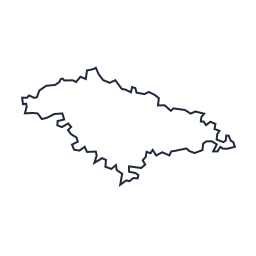 Yakkabag, Kashkadarya, Uzbekistan, rotated 5°
{"feature_id": "79887680B77871690978000", "entity_name": "Yakkabag", "entity_type": "district", "adm_level": 2, "iso_a3": "UZB", "parent_name": "Uzbekistan", "parent_adm1": "Kashkadarya", "projection": "natural_earth1", "projection_center": [66.844, 38.854], "detail": "fine", "context": "isolated", "style": "outline", "palette": "slate", "viewbox_px": 256, "rotation_deg": 5, "n_neighbors": 0, "source": "geoboundaries", "source_scale": "gbopen_adm2", "svg_char_len": 1633}
<svg xmlns="http://www.w3.org/2000/svg" viewBox="0 0 256 256"><g transform="rotate(5 128 128)"><path d="M236.1,137.4L234.1,132.9L231.5,131.7L229.0,126.9L226.6,126.9L226.5,131.8L224.3,133.8L217.3,131.8L217.4,126.6L219.3,122.8L214.3,121.5L214.7,116.3L209.5,114.6L205.5,118.3L202.7,115.0L200.0,115.2L200.1,110.9L202.6,107.1L193.7,105.7L189.2,108.2L183.1,105.1L171.6,104.5L169.2,107.1L162.5,102.2L155.9,102.9L156.1,95.6L152.0,92.8L145.6,90.3L141.4,92.8L133.4,92.0L131.8,87.6L128.5,86.9L127.8,92.2L122.2,90.0L118.4,89.6L111.2,81.5L105.8,84.6L99.0,82.4L94.1,77.0L90.7,70.8L88.6,72.2L85.6,73.3L82.1,74.2L81.7,82.9L76.2,81.1L72.2,86.7L68.9,85.3L60.3,86.2L58.7,84.5L56.8,85.0L55.6,88.2L51.7,91.4L42.8,93.1L36.4,98.4L34.6,105.2L32.1,106.2L26.6,104.2L24.8,106.7L19.9,107.0L21.3,113.4L24.4,112.7L25.2,115.8L24.0,122.4L32.0,121.3L36.8,121.4L41.4,126.6L46.3,124.9L53.3,120.5L61.3,119.2L63.7,125.1L57.3,127.2L57.4,131.5L62.0,132.9L68.0,128.7L71.3,131.8L68.4,135.3L71.9,139.2L77.5,141.9L79.2,146.0L73.7,149.4L76.2,154.3L81.6,154.7L86.5,150.5L89.2,155.4L98.0,154.3L99.2,158.2L97.5,165.7L104.8,160.3L108.8,161.7L108.9,168.6L115.0,170.2L119.2,166.0L120.4,170.9L126.2,174.1L125.2,185.2L131.0,180.3L134.0,180.9L137.7,177.4L142.0,177.3L142.4,174.0L139.3,172.2L132.9,171.5L132.3,166.1L144.6,166.7L148.3,163.0L145.5,158.9L148.2,155.1L148.6,150.1L152.6,151.2L154.5,147.7L158.5,152.9L164.2,149.2L171.6,151.7L173.2,147.5L177.1,146.6L188.0,143.3L191.2,145.7L196.6,147.1L204.1,143.5L204.3,136.9L207.2,134.5L212.6,133.9L217.9,136.6L214.9,143.9L219.2,143.5L221.7,138.7L224.2,140.3L228.8,140.0L236.1,137.4Z" fill="none" stroke="#1e293b" stroke-width="2"/></g></svg>